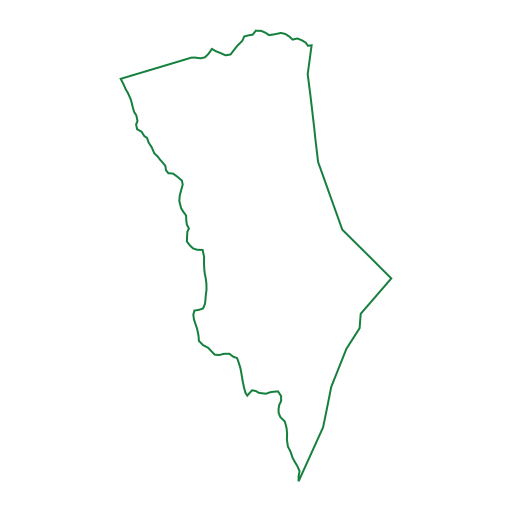 the district of Uibaí, Bahia, Brazil
{"feature_id": "56859067B36146349449038", "entity_name": "Uibaí", "entity_type": "district", "adm_level": 2, "iso_a3": "BRA", "parent_name": "Brazil", "parent_adm1": "Bahia", "projection": "natural_earth1", "projection_center": [-42.132, -11.409], "detail": "fine", "context": "isolated", "style": "outline", "palette": "green", "viewbox_px": 512, "rotation_deg": 0, "n_neighbors": 0, "source": "geoboundaries", "source_scale": "gbopen_adm2", "svg_char_len": 2006}
<svg xmlns="http://www.w3.org/2000/svg" viewBox="0 0 512 512"><path d="M120.7,78.8L123.4,84.1L125.8,89.4L127.9,93.0L130.6,98.9L131.8,103.2L133.0,108.1L134.2,112.1L136.3,115.3L137.5,121.1L136.1,124.4L137.1,129.2L141.5,131.7L144.4,136.2L147.0,137.8L148.7,142.7L151.7,147.3L154.3,153.3L157.7,156.5L159.9,159.5L162.3,162.2L165.3,165.7L166.0,170.2L168.3,173.2L173.1,173.6L177.2,176.6L181.9,180.6L182.7,184.6L181.4,189.3L179.8,195.4L179.3,200.7L180.1,204.2L181.1,208.2L183.2,211.6L186.1,215.6L186.3,221.0L186.9,224.7L188.9,228.5L187.4,231.7L187.1,236.2L186.9,241.5L189.7,245.2L192.9,248.3L196.7,249.7L202.6,250.0L203.4,253.6L204.1,257.0L204.0,263.3L204.3,269.5L204.7,273.2L205.7,278.0L206.4,283.5L206.5,289.8L205.8,295.1L205.4,300.4L204.9,304.1L203.0,308.5L199.1,309.8L194.4,310.6L193.3,314.8L194.0,319.5L195.4,323.8L197.1,328.8L198.5,335.6L198.9,340.9L203.0,345.1L208.0,347.7L211.1,350.9L214.8,354.7L219.3,355.0L224.1,353.8L229.4,353.8L233.1,356.6L237.1,358.1L238.6,362.3L240.2,367.4L241.0,371.0L241.8,375.9L242.8,381.8L244.1,388.0L245.5,392.9L247.3,395.6L249.9,392.6L252.1,390.3L255.8,391.0L258.7,392.8L262.1,393.3L266.1,393.7L270.0,392.3L273.0,391.8L278.0,391.4L281.1,396.1L281.1,401.1L279.4,404.5L278.6,408.5L278.6,412.8L280.4,417.2L284.6,421.2L285.7,424.6L286.6,428.3L287.1,433.4L286.9,439.5L287.9,446.5L290.5,451.6L292.6,457.8L294.7,461.7L297.4,466.2L299.6,471.3L298.6,476.2L298.6,481.3L323.0,427.5L324.6,420.0L327.7,404.7L331.2,387.0L346.4,348.8L359.6,328.2L360.7,313.8L391.3,278.4L379.9,267.1L374.1,261.2L342.3,229.7L318.1,162.0L315.0,135.7L314.2,127.8L310.3,94.4L309.8,90.7L307.7,74.1L311.6,45.3L308.0,45.8L305.7,42.6L301.7,40.2L297.3,38.5L292.6,39.6L289.4,36.6L285.3,34.0L280.9,32.9L278.0,33.6L273.3,34.5L269.0,35.1L265.6,32.8L261.3,30.9L255.8,30.7L252.7,34.7L248.6,35.3L244.2,36.5L242.4,40.7L239.3,43.8L236.8,46.4L234.0,50.0L230.5,54.5L225.5,55.3L220.4,53.0L216.0,51.3L211.9,48.9L208.2,54.2L204.8,57.4L200.4,58.3L195.2,57.6L191.5,57.6L120.7,78.8Z" fill="none" stroke="#15803d" stroke-width="2"/></svg>